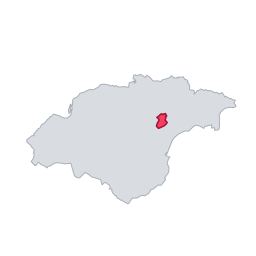 location of Qom within Iran, rotated 125°
{"feature_id": "IRN-3232", "entity_name": "Qom", "entity_type": "Province", "adm_level": 1, "iso_a3": "IRN", "parent_name": "Iran", "parent_adm1": "", "projection": "robinson", "projection_center": [50.771, 34.662], "detail": "fine", "context": "in_parent", "style": "filled", "palette": "rose", "viewbox_px": 256, "rotation_deg": 125, "n_neighbors": 0, "source": "natural_earth", "source_scale": "10m", "svg_char_len": 4134}
<svg xmlns="http://www.w3.org/2000/svg" viewBox="0 0 256 256"><g transform="rotate(125 128 128)"><path d="M127.9,77.0L130.3,77.1L134.6,75.7L135.0,75.4L136.2,72.5L137.7,71.2L140.3,69.7L142.0,69.2L147.9,69.4L148.3,68.2L149.3,67.6L155.7,68.0L156.7,68.9L157.2,70.5L162.5,72.0L163.7,72.5L165.0,73.7L166.1,74.0L167.5,73.5L168.3,73.8L169.7,73.5L173.9,75.3L174.6,77.1L175.3,78.0L176.3,78.7L179.6,80.1L180.6,81.0L183.1,84.3L189.8,84.3L190.3,85.0L190.3,86.5L190.8,89.9L190.4,91.2L191.3,92.3L191.2,94.5L191.6,96.0L191.0,98.1L190.2,98.5L190.7,100.3L190.1,102.1L190.2,102.8L189.2,104.3L189.1,104.9L187.2,106.3L188.7,108.4L186.6,108.5L185.3,110.7L185.7,113.3L185.4,114.7L185.6,115.4L186.2,115.9L189.1,116.5L189.2,116.8L186.2,120.6L186.4,122.1L188.9,129.9L188.6,133.7L189.0,137.7L196.4,138.9L197.3,139.9L197.9,142.1L197.9,143.7L197.7,144.6L189.7,154.7L194.0,159.7L194.2,160.8L196.9,165.8L199.3,168.3L203.4,169.7L205.3,171.5L207.1,171.5L207.0,174.0L207.8,179.2L207.3,181.6L208.7,182.1L211.0,181.7L211.8,182.2L212.2,183.1L211.7,183.6L211.8,185.6L211.3,186.1L211.1,188.0L207.8,188.1L204.7,188.9L203.6,189.7L203.0,191.0L202.0,190.9L201.7,191.5L199.5,192.4L198.8,196.4L198.0,197.3L197.5,203.0L197.0,203.1L195.9,204.1L189.2,202.2L188.5,200.8L187.8,200.6L186.9,201.9L183.5,201.2L182.4,201.4L181.7,201.0L179.9,201.0L178.4,200.1L174.8,200.8L172.5,199.4L170.1,199.0L167.2,199.0L164.8,198.0L163.6,198.4L163.0,197.6L159.4,196.9L158.3,194.4L158.2,193.1L157.3,190.9L157.0,187.7L156.1,185.4L154.6,183.4L150.5,182.3L148.4,182.9L146.9,184.0L144.3,184.6L142.3,186.8L141.2,186.6L136.4,189.5L135.4,189.5L131.9,187.5L130.3,187.2L127.1,187.2L125.3,185.9L124.8,185.0L120.6,182.9L118.0,181.0L117.2,179.2L116.1,178.0L113.6,176.9L112.1,175.8L108.2,175.4L105.5,172.6L105.5,171.7L103.8,168.7L103.6,166.4L103.2,165.9L101.8,164.9L101.6,164.3L101.9,162.9L100.1,162.1L99.9,161.4L99.9,159.2L95.7,154.0L94.8,151.2L94.0,151.0L90.3,152.9L89.2,151.9L85.9,150.0L85.4,149.3L86.3,149.0L87.1,149.3L87.6,148.9L87.4,148.3L86.6,147.9L85.4,148.0L85.7,148.5L84.7,149.1L84.4,149.8L84.7,152.0L84.2,152.6L82.5,152.9L81.4,153.6L80.4,152.8L80.1,151.3L79.5,150.2L78.6,149.9L77.9,148.9L76.7,148.4L76.8,142.9L73.9,142.8L73.9,138.7L75.2,134.6L72.5,130.9L71.3,128.0L70.6,127.5L69.1,127.6L64.4,123.8L62.7,122.8L60.4,122.5L60.1,121.2L60.7,119.7L59.7,117.7L59.3,117.2L58.4,116.9L58.5,115.7L57.2,115.8L55.0,112.4L54.3,112.0L55.6,109.4L54.8,107.4L55.3,105.6L56.5,105.7L56.9,103.4L59.0,101.0L60.9,100.0L61.1,99.2L60.7,98.0L59.6,96.3L59.8,95.0L60.2,94.3L62.1,93.6L62.2,93.3L61.3,92.8L57.9,92.8L56.1,91.2L54.4,90.8L53.4,87.2L53.2,86.8L52.4,86.7L51.9,86.0L51.6,83.7L50.4,82.7L49.5,79.2L49.5,78.3L49.8,77.6L48.0,76.1L47.8,73.8L48.2,73.2L46.0,71.6L45.1,71.5L45.0,71.2L46.5,67.6L47.1,66.8L45.9,66.2L45.9,64.5L45.6,63.0L45.7,61.6L44.9,60.6L44.7,59.9L45.0,58.4L44.2,57.6L43.8,56.0L46.9,55.5L47.5,53.0L48.6,51.9L50.6,53.1L53.2,57.2L54.8,58.4L56.0,59.8L61.9,61.2L63.1,60.8L65.2,60.9L67.7,58.3L68.9,58.0L71.9,55.5L75.6,53.2L77.5,52.8L80.2,55.7L78.6,56.6L78.4,57.4L78.5,58.1L79.8,58.8L79.9,59.7L79.5,60.1L77.9,60.5L77.4,61.4L79.2,62.7L80.0,63.9L81.0,64.2L82.4,66.0L84.8,65.7L85.2,70.1L86.5,73.7L89.0,75.2L95.5,76.4L96.2,77.1L97.3,79.0L98.9,80.4L104.0,83.2L109.5,84.6L113.2,84.5L126.7,81.3L127.9,81.3L125.9,82.1L126.7,82.5L128.4,82.5L128.8,82.1L128.9,81.6L127.9,77.0ZM149.1,185.2L148.3,186.4L147.0,187.5L146.1,187.2L142.3,188.7L141.3,188.6L141.2,188.1L145.3,186.3L145.5,185.9L145.3,184.9L146.6,185.3L148.1,184.5L149.3,184.3L149.9,184.9L149.1,185.2Z" fill="#d9dde1" stroke="#a8b0b8" stroke-width="1"/><path d="M109.8,106.0L106.9,106.8L106.2,106.8L104.3,107.0L103.5,107.3L103.2,107.7L103.1,108.0L102.8,110.0L103.0,110.4L103.3,110.6L101.3,110.0L100.4,109.5L98.1,109.3L97.5,108.9L97.1,108.4L96.9,107.9L97.0,107.4L96.8,107.1L96.6,106.8L96.3,106.7L96.0,106.7L95.7,106.6L95.3,106.2L94.8,105.7L94.9,105.1L95.7,104.7L95.8,104.5L95.6,104.2L95.6,103.6L96.1,103.2L96.9,103.3L97.7,103.1L98.2,102.7L99.3,102.5L100.2,102.2L100.3,102.2L100.4,101.8L100.6,100.2L100.9,99.4L101.1,99.0L103.6,99.1L105.7,99.7L110.6,102.6L110.7,103.0L110.7,103.8L110.5,104.7L110.1,105.6L109.8,106.0Z" fill="#f43f5e" stroke="#9f1239" stroke-width="1.5"/></g></svg>